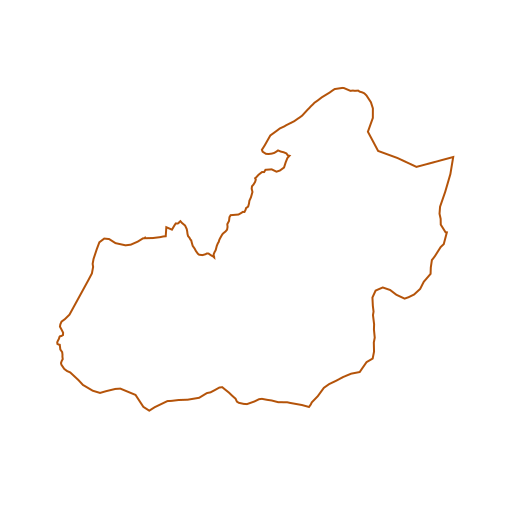 outline of Mashegu, Niger, Nigeria, rotated 173°
{"feature_id": "59680162B45761990386675", "entity_name": "Mashegu", "entity_type": "district", "adm_level": 2, "iso_a3": "NGA", "parent_name": "Nigeria", "parent_adm1": "Niger", "projection": "natural_earth1", "projection_center": [5.371, 9.82], "detail": "fine", "context": "isolated", "style": "outline", "palette": "amber", "viewbox_px": 512, "rotation_deg": 173, "n_neighbors": 0, "source": "geoboundaries", "source_scale": "gbopen_adm2", "svg_char_len": 3698}
<svg xmlns="http://www.w3.org/2000/svg" viewBox="0 0 512 512"><g transform="rotate(173 256 256)"><path d="M341.5,295.5L343.2,286.6L345.7,286.7L348.8,286.4L356.1,286.4L363.4,287.1L363.7,287.2L363.8,287.4L363.9,287.7L364.6,287.2L366.0,287.3L371.6,284.7L378.9,282.5L384.2,282.5L393.9,285.9L399.7,290.7L404.5,291.8L409.8,288.7L413.2,282.2L417.6,272.9L419.1,268.1L419.0,265.0L421.0,258.7L425.6,252.1L448.3,220.5L453.4,216.6L457.0,214.6L458.0,212.9L458.5,212.1L459.2,209.8L458.7,208.5L458.0,206.7L457.2,204.5L456.8,203.4L457.2,201.1L458.9,200.3L459.2,200.3L460.2,200.3L461.1,199.4L461.2,199.0L461.6,198.0L462.4,196.8L462.8,196.3L463.8,194.6L463.8,192.9L462.6,192.1L462.4,192.1L461.6,191.8L461.6,190.2L461.6,189.6L461.6,187.0L461.3,186.5L460.1,184.2L460.1,183.2L460.1,181.8L460.1,181.7L460.4,179.7L460.4,178.4L460.4,177.2L461.2,176.1L461.8,175.2L462.6,173.5L462.5,172.6L462.4,171.8L462.3,171.6L460.1,167.3L457.5,164.8L454.6,163.1L447.3,154.4L443.4,149.0L442.4,148.3L434.5,142.2L427.5,139.1L421.3,140.1L411.8,141.2L406.8,140.9L392.5,132.8L386.2,120.0L380.8,115.5L374.9,118.3L361.6,122.8L357.5,122.5L350.5,122.5L341.3,121.7L329.7,122.2L321.5,125.9L320.8,126.0L317.8,126.2L313.3,127.9L308.4,129.9L305.5,129.9L303.6,127.9L299.5,123.7L297.0,120.6L294.9,118.2L293.7,116.9L292.7,113.8L291.0,112.4L286.2,110.7L283.0,110.1L275.3,111.8L270.4,113.5L267.5,113.5L264.1,112.4L262.2,111.8L258.1,110.7L251.8,108.2L242.8,107.0L240.0,106.0L228.6,102.5L221.8,99.7L219.7,102.0L218.5,103.9L211.8,109.3L204.7,116.9L198.9,120.0L191.4,122.5L184.2,125.3L175.9,127.6L167.2,128.2L164.3,131.5L159.2,137.2L152.7,140.0L150.5,146.7L149.6,155.8L148.1,160.5L147.9,168.7L147.1,173.8L147.1,183.1L146.1,186.5L146.1,192.3L145.5,200.6L141.5,207.1L138.2,208.1L134.0,209.3L127.0,205.9L121.4,200.4L113.7,195.6L109.6,196.5L103.8,198.5L97.1,203.3L92.6,210.0L84.9,217.0L83.9,223.3L81.9,230.6L80.6,231.8L78.4,234.1L71.6,242.4L68.2,244.9L63.7,256.2L65.0,256.5L68.8,264.6L68.2,270.3L68.7,275.6L67.3,282.5L60.4,296.6L53.1,313.6L48.2,330.2L85.9,324.9L103.8,336.1L122.0,345.4L129.8,365.7L123.2,378.8L122.0,388.3L123.2,394.6L126.8,401.9L128.3,403.8L129.0,404.5L130.9,405.6L133.1,406.5L134.4,407.7L137.8,407.9L139.7,408.4L142.1,408.4L148.3,412.0L149.9,412.3L157.6,412.1L160.4,410.7L162.9,409.3L171.3,405.5L175.7,402.9L177.2,402.1L179.3,401.0L181.1,399.5L183.2,398.0L185.4,396.1L186.5,395.3L187.7,394.3L193.1,389.7L196.1,388.0L197.2,387.5L201.7,385.1L209.9,382.2L212.1,381.2L216.8,379.7L219.7,378.0L227.1,373.9L233.9,364.7L237.2,360.7L236.7,358.7L233.7,356.2L231.1,355.7L227.9,355.7L225.3,356.1L222.9,357.2L221.3,358.1L218.6,356.6L215.9,355.6L213.3,354.1L212.2,352.0L210.6,351.4L212.9,349.4L215.1,345.4L217.4,340.4L221.9,337.9L225.4,337.2L229.9,340.1L236.1,340.4L237.7,338.3L239.8,338.6L243.6,336.3L246.5,333.8L247.4,333.3L246.9,331.8L247.9,329.6L249.8,327.2L251.5,325.7L252.1,323.3L251.7,320.0L252.5,318.1L253.9,314.8L255.8,311.7L256.6,308.8L257.8,306.0L260.1,304.7L260.6,303.3L262.1,301.1L263.7,301.4L265.2,300.6L268.3,299.3L276.2,299.6L277.6,297.8L278.5,294.1L280.6,291.1L280.7,288.3L281.5,285.7L283.2,284.1L285.6,282.6L286.5,281.9L287.5,280.7L288.8,278.9L289.6,277.8L290.5,276.4L291.3,274.5L292.3,273.3L293.7,270.8L295.0,267.5L295.5,266.4L296.4,265.3L297.6,263.3L298.0,262.0L297.7,260.6L297.7,259.7L298.9,261.1L300.0,261.7L301.4,262.9L302.8,264.2L304.4,264.5L305.9,263.9L309.0,263.4L312.3,264.2L313.4,265.3L315.1,268.4L316.0,270.8L317.6,273.8L318.1,277.0L318.3,278.7L318.4,279.1L318.4,279.5L318.7,279.8L319.0,280.1L319.9,282.4L321.0,284.0L321.3,286.2L321.3,288.9L321.5,291.3L322.7,294.9L325.6,298.0L326.8,299.8L328.1,298.9L329.0,298.0L330.1,297.8L331.7,298.1L333.3,296.2L336.2,292.4L341.5,295.5Z" fill="none" stroke="#b45309" stroke-width="2"/></g></svg>